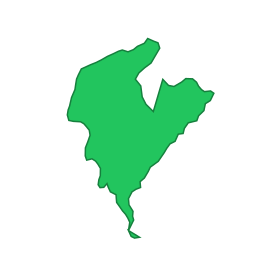 the district of Damolândia, Goiás, Brazil, rotated 215°
{"feature_id": "56859067B54653544847909", "entity_name": "Damolândia", "entity_type": "district", "adm_level": 2, "iso_a3": "BRA", "parent_name": "Brazil", "parent_adm1": "Goiás", "projection": "robinson", "projection_center": [-49.341, -16.25], "detail": "fine", "context": "isolated", "style": "filled", "palette": "green", "viewbox_px": 256, "rotation_deg": 215, "n_neighbors": 0, "source": "geoboundaries", "source_scale": "gbopen_adm2", "svg_char_len": 1382}
<svg xmlns="http://www.w3.org/2000/svg" viewBox="0 0 256 256"><g transform="rotate(215 128 128)"><path d="M127.4,187.8L116.7,156.0L126.9,157.7L134.2,161.6L141.7,169.8L150.0,172.2L150.7,179.3L148.9,186.9L146.4,194.4L147.8,211.6L152.3,215.0L156.5,213.9L163.2,212.6L163.2,206.8L167.1,200.3L168.5,195.3L171.7,190.4L177.4,188.6L179.9,185.3L182.5,180.6L185.9,174.9L189.1,168.1L191.9,163.0L194.8,158.6L200.1,149.6L199.1,142.9L198.2,138.6L195.4,132.8L193.5,129.1L191.7,120.5L188.4,112.4L187.4,108.5L185.2,103.9L180.8,100.3L176.6,102.1L170.4,105.9L166.6,106.2L163.0,105.3L158.5,104.0L154.9,100.3L153.0,93.6L151.5,87.3L147.0,80.6L143.4,78.0L139.8,82.1L135.6,82.3L132.1,81.2L127.4,79.1L123.3,73.0L122.2,68.9L119.9,64.4L116.7,63.1L113.8,65.5L113.3,70.4L110.3,68.2L105.8,65.6L99.5,66.5L97.1,63.5L94.6,60.5L90.6,59.1L85.0,57.0L80.5,55.9L76.6,54.2L72.5,51.8L68.8,44.3L70.6,55.9L73.6,58.3L76.1,62.6L83.1,65.6L87.1,70.4L88.1,78.0L86.4,82.3L83.6,86.5L87.3,90.9L85.9,96.4L86.5,104.0L87.3,108.7L84.1,118.1L84.2,128.5L84.6,133.6L84.5,139.1L81.8,144.1L83.3,151.8L79.7,155.1L81.6,160.0L81.6,166.8L75.8,173.4L77.2,178.5L75.8,185.8L78.6,192.3L76.3,197.7L77.6,205.7L81.6,205.7L86.3,201.6L89.8,201.6L94.2,202.7L98.1,204.8L103.3,205.3L109.0,201.6L110.4,196.4L114.1,188.4L119.2,186.1L127.4,187.8ZM68.8,44.3L63.2,41.0L59.5,41.6L55.9,45.1L68.8,44.3Z" fill="#22c55e" stroke="#15803d" stroke-width="1.5"/></g></svg>